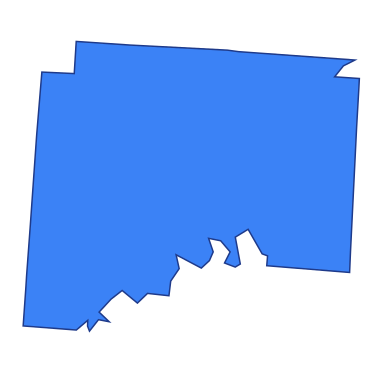 Marion, Arkansas, United States of America, rotated 93°
{"feature_id": "52423323B60870654888201", "entity_name": "Marion", "entity_type": "district", "adm_level": 2, "iso_a3": "USA", "parent_name": "United States of America", "parent_adm1": "Arkansas", "projection": "natural_earth1", "projection_center": [-92.599, 36.281], "detail": "fine", "context": "isolated", "style": "filled", "palette": "blue", "viewbox_px": 384, "rotation_deg": 93, "n_neighbors": 0, "source": "geoboundaries", "source_scale": "gbopen_adm2", "svg_char_len": 739}
<svg xmlns="http://www.w3.org/2000/svg" viewBox="0 0 384 384"><g transform="rotate(93 192 192)"><path d="M334.6,353.6L335.9,300.3L325.6,289.4L331.4,289.3L336.3,287.1L324.4,278.7L325.9,267.9L316.8,278.5L303.2,267.2L294.0,256.6L305.8,240.7L295.6,231.1L296.8,209.6L282.1,208.6L269.2,200.8L255.5,204.6L267.5,178.7L259.6,171.0L250.7,167.7L237.4,173.0L239.2,160.8L249.8,150.8L261.2,155.8L264.7,144.9L261.4,140.0L234.8,146.4L226.3,134.0L250.1,118.7L251.8,113.2L261.7,113.5L264.1,30.4L243.1,30.6L118.7,31.0L79.1,30.8L69.9,30.8L69.5,55.6L58.1,47.4L51.7,36.2L49.4,153.0L48.5,164.0L48.5,261.9L47.7,315.5L79.9,315.8L80.1,348.2L143.2,350.1L232.8,351.7L284.0,352.8L295.5,352.9L334.6,353.6Z" fill="#3b82f6" stroke="#1e3a8a" stroke-width="1.5"/></g></svg>